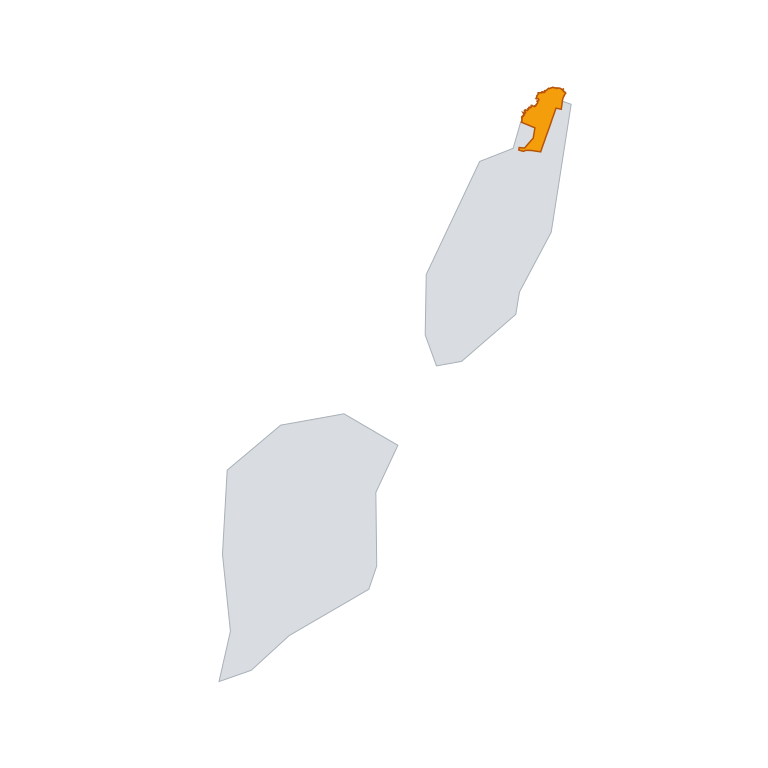 Aleipata itupa i Lalo, Atua, Samoa shown in context, rotated 279°
{"feature_id": "51752279B65562050624331", "entity_name": "Aleipata itupa i Lalo", "entity_type": "district", "adm_level": 2, "iso_a3": "WSM", "parent_name": "Samoa", "parent_adm1": "Atua", "projection": "mercator", "projection_center": [-171.461, -13.991], "detail": "fine", "context": "in_parent", "style": "filled", "palette": "amber", "viewbox_px": 768, "rotation_deg": 279, "n_neighbors": 0, "source": "geoboundaries", "source_scale": "gbopen_adm2", "svg_char_len": 4888}
<svg xmlns="http://www.w3.org/2000/svg" viewBox="0 0 768 768"><g transform="rotate(279 384 384)"><path d="M274.4,242.6L327.2,288.4L348.3,349.1L325.6,407.3L275.6,392.9L203.1,405.3L178.9,401.1L120.8,329.8L80.5,297.7L64.3,267.6L115.7,271.0L190.6,251.1L274.4,242.6ZM689.5,525.1L560.1,525.4L496.1,503.4L473.4,503.3L418.5,457.1L410.1,433.0L438.9,417.0L498.8,408.6L618.8,443.7L637.0,474.7L664.6,478.1L686.1,491.6L691.7,513.4L689.5,525.1Z" fill="#d9dde1" stroke="#a8b0b8" stroke-width="1"/><path d="M646.1,503.9L650.8,504.8L652.8,505.1L655.8,505.7L667.3,507.9L671.7,508.6L679.1,510.0L683.3,510.7L683.3,512.5L683.2,514.3L683.1,516.1L693.1,515.9L693.3,516.0L693.7,516.0L694.1,516.0L694.9,516.3L695.5,516.3L696.0,516.5L696.3,516.7L696.7,516.7L696.8,516.8L697.0,516.7L697.3,517.0L697.5,517.0L697.9,517.1L698.1,517.1L699.0,517.7L699.7,518.0L700.0,517.6L700.1,517.4L700.3,517.3L700.2,517.2L700.4,516.9L700.5,516.9L700.5,516.6L700.8,516.3L700.7,516.3L700.9,515.9L701.1,515.7L701.3,515.6L701.5,515.5L701.5,515.4L701.6,515.1L702.0,514.6L702.2,514.4L702.3,514.3L703.2,515.1L703.3,515.1L703.5,515.0L703.5,514.9L703.3,514.9L703.2,514.9L702.8,514.7L702.7,514.6L702.7,514.3L702.4,514.2L702.5,514.0L702.6,513.8L702.7,513.6L703.0,513.1L703.3,512.7L703.4,512.4L703.6,511.9L703.7,511.4L703.7,511.2L703.7,510.7L703.6,510.3L703.5,509.8L703.6,509.7L703.6,509.4L703.6,509.2L703.5,508.9L703.4,508.8L703.5,508.8L703.5,508.6L703.4,508.6L703.3,507.9L703.2,506.9L703.2,506.6L703.3,506.4L703.2,506.2L703.1,505.6L703.2,505.3L703.1,505.2L703.3,505.3L703.3,505.0L703.5,504.5L703.5,504.2L703.4,504.0L703.0,503.5L702.8,503.3L702.7,503.0L702.7,502.8L702.6,502.5L702.3,502.3L702.2,502.2L702.2,501.9L701.9,501.6L701.7,501.4L701.8,501.2L701.7,500.9L701.6,500.7L701.8,500.2L701.6,500.0L701.2,499.7L700.6,499.5L700.5,499.3L700.4,499.3L700.0,498.9L699.6,498.5L699.3,498.3L699.0,498.0L698.9,497.6L698.9,497.4L699.1,497.1L699.0,496.9L698.9,496.8L698.7,496.9L698.3,497.0L698.2,497.2L697.9,497.2L697.6,497.2L697.3,497.0L697.2,496.9L697.0,496.7L696.9,496.4L696.9,496.1L697.0,495.9L697.5,495.5L697.4,495.4L697.5,495.2L697.4,494.9L697.3,495.0L697.1,495.1L696.9,494.8L696.8,494.5L696.9,494.4L696.9,494.2L696.5,494.3L696.4,494.4L696.2,494.1L696.1,493.8L696.1,493.6L696.3,493.4L696.3,493.2L696.2,492.9L696.2,492.7L696.0,492.3L695.9,492.0L695.7,491.7L695.7,491.3L695.8,491.2L695.7,491.0L695.8,490.8L695.8,490.7L695.7,490.7L695.4,490.8L695.1,490.8L694.9,490.7L694.5,490.8L694.2,490.8L693.9,490.7L693.6,490.5L693.4,490.4L693.0,490.1L692.7,489.9L692.3,489.9L692.1,489.7L691.8,489.6L692.0,489.7L692.0,489.9L691.9,490.0L691.5,490.0L691.2,490.0L691.1,489.8L690.9,489.7L690.8,489.8L690.5,490.1L690.4,490.1L690.2,490.1L690.1,489.8L689.8,489.7L689.6,489.5L689.5,489.8L689.7,490.2L689.6,490.3L689.7,490.6L689.8,491.1L689.9,491.4L689.9,491.6L689.4,492.2L689.2,492.4L688.7,492.5L688.4,492.4L688.2,492.1L687.9,491.6L687.7,491.4L687.5,491.0L687.3,490.8L687.2,490.8L687.1,491.1L687.0,491.5L686.6,491.7L686.5,491.8L685.8,491.7L685.5,491.7L685.2,491.6L684.8,491.4L684.6,491.3L684.2,490.9L683.9,490.7L683.6,490.6L683.3,490.7L682.9,490.6L682.6,490.5L682.3,490.3L682.0,490.1L682.0,489.9L681.9,489.6L682.0,489.5L682.2,489.3L682.1,489.1L681.9,489.1L682.0,488.9L681.9,488.8L681.7,488.7L681.7,488.3L681.7,487.8L681.8,487.6L681.9,487.4L682.1,487.2L682.3,486.9L682.1,486.6L682.1,486.1L682.2,485.9L681.6,485.8L681.4,485.7L681.2,485.7L681.0,485.8L680.8,485.9L680.6,486.0L680.4,486.1L680.2,486.0L680.0,485.7L679.7,485.1L679.7,484.8L679.7,484.7L680.0,484.4L680.1,484.2L679.5,484.1L679.4,483.8L679.1,483.9L678.9,483.8L678.7,483.9L678.3,483.9L678.1,483.8L678.1,483.7L678.4,483.6L678.4,483.4L678.6,483.3L678.5,483.1L678.4,483.0L678.2,483.3L678.1,483.5L677.9,483.6L677.6,483.5L677.3,483.3L676.9,482.9L676.7,482.8L676.8,482.7L676.8,482.4L676.8,482.1L676.7,482.0L676.6,481.8L676.7,481.7L676.7,481.4L676.8,481.2L676.7,481.1L676.8,481.0L676.9,480.9L676.8,480.7L676.7,480.3L676.3,480.3L676.0,480.1L675.8,480.1L675.6,479.9L675.3,480.3L675.2,480.5L675.3,480.6L675.2,480.8L674.8,481.1L674.6,481.3L674.2,481.4L673.7,481.2L673.6,480.9L673.5,480.5L673.5,480.2L673.8,479.8L673.8,479.5L673.9,478.8L673.6,479.1L673.4,479.1L673.1,479.3L673.0,479.5L672.8,479.6L672.9,479.9L672.8,480.0L672.5,480.2L672.1,480.4L671.9,480.6L671.6,480.6L671.5,480.4L671.5,480.1L671.3,479.7L671.1,479.7L670.8,479.6L670.8,479.3L670.6,479.3L670.1,479.5L670.1,479.1L670.2,478.9L670.0,478.5L669.8,478.4L669.6,478.5L669.4,478.4L669.4,478.2L669.2,478.1L668.7,478.5L668.6,478.8L668.0,478.8L667.8,478.9L667.7,478.9L667.6,478.6L667.4,478.6L667.3,478.8L667.1,478.7L666.9,478.9L666.6,479.0L666.0,478.9L665.0,479.1L664.4,479.0L664.0,478.9L660.6,493.0L650.1,492.9L647.7,491.3L643.9,488.9L639.0,485.9L638.7,480.5L636.2,480.5L635.6,485.1L635.8,485.7L636.2,486.3L636.8,487.2L637.1,488.2L637.3,489.7L637.5,491.4L637.7,492.7L637.8,502.4L642.4,503.2L644.5,503.6L646.1,503.9Z" fill="#f59e0b" stroke="#b45309" stroke-width="1.5"/></g></svg>